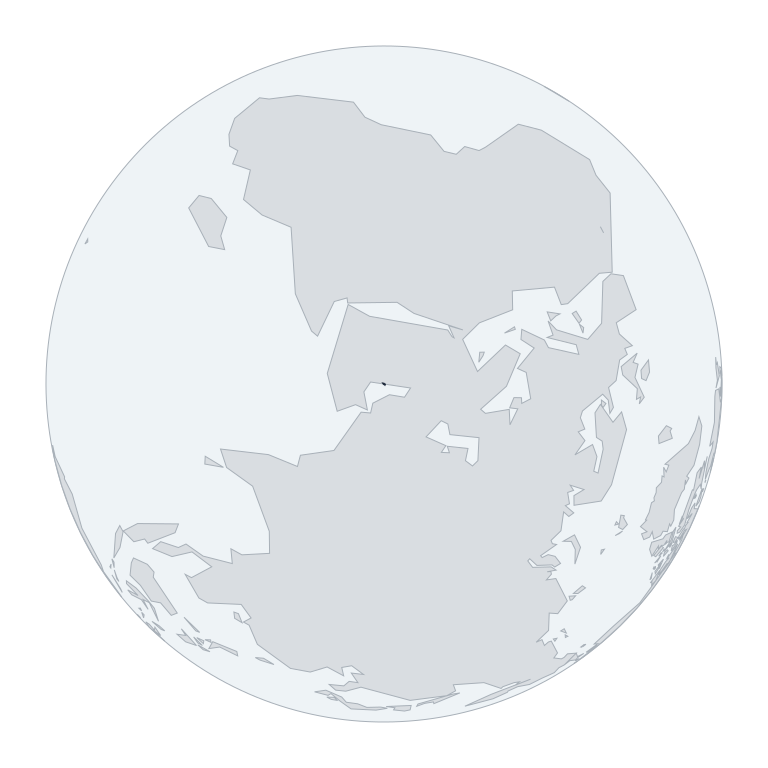 the Earth from above Bahrain, rotated 128°
{"feature_id": "BHR", "entity_name": "Bahrain", "entity_type": "country or territory", "adm_level": 0, "iso_a3": "BHR", "parent_name": "Asia", "parent_adm1": "", "projection": "orthographic", "projection_center": [50.55, 26.027], "detail": "fine", "context": "on_globe", "style": "filled", "palette": "slate", "viewbox_px": 768, "rotation_deg": 128, "n_neighbors": 0, "source": "natural_earth", "source_scale": "50m", "svg_char_len": 10669}
<svg xmlns="http://www.w3.org/2000/svg" viewBox="0 0 768 768"><g transform="rotate(128 384 384)"><circle cx="384" cy="384" r="338" fill="#eef3f6" stroke="#a8b0b8"/><path d="M476.6,59.0L476.2,58.9L481.5,60.6L477.7,59.7L461.7,55.6L458.8,55.3L468.7,58.0L471.0,59.6L457.0,55.6L459.5,58.3L433.3,54.1L398.9,47.7L381.4,48.3L338.3,50.3L339.4,50.9L323.7,53.4L319.0,55.3L312.3,56.1L314.4,57.1L321.4,56.1L324.6,56.5L322.5,57.9L313.6,58.7L313.4,58.1L309.7,59.2L306.1,59.2L306.7,59.9L296.2,61.4L303.4,62.1L292.3,65.2L286.2,65.7L291.2,62.8L289.2,59.8L285.3,60.8L308.7,54.6L332.5,50.0L356.6,47.2L380.8,46.1L405.0,46.7L429.1,49.1L453.0,53.2L476.6,59.0ZM252.9,72.6L242.4,77.2L239.1,78.7L252.9,72.6ZM224.5,86.1L235.1,80.7L235.4,81.4L248.1,75.9L250.1,75.7L261.4,72.1L255.0,76.1L242.6,82.2L232.8,85.8L227.1,89.0L232.6,89.0L210.8,100.0L190.0,115.7L184.9,118.8L181.7,117.2L191.3,107.6L187.3,109.2L224.5,86.1ZM187.1,109.4L185.0,112.2L172.2,121.3L168.1,124.9L166.0,127.2L169.0,125.5L163.6,130.0L163.7,127.8L168.6,123.7L168.5,124.2L172.9,120.2L187.1,109.4ZM47.3,412.4L48.5,423.8L51.0,441.3L47.3,412.4ZM483.0,61.0L485.8,61.8L487.4,62.4L483.0,61.0ZM264.2,70.3L262.8,71.2L261.4,71.3L264.2,70.3ZM270.4,68.1L269.8,67.7L272.6,66.7L272.9,66.9L270.4,68.1ZM482.9,62.0L484.4,63.1L480.1,61.1L482.9,62.0ZM270.5,69.0L277.8,64.9L282.8,63.2L288.3,63.0L270.5,69.0ZM483.6,63.3L487.6,67.2L494.4,69.0L477.7,66.8L479.7,63.7L473.3,60.7L479.9,62.8L483.6,63.3ZM324.5,55.3L317.0,56.4L325.2,54.4L324.5,55.3ZM329.0,54.1L349.6,49.3L359.7,49.1L350.7,50.4L365.3,49.8L360.1,51.9L350.9,52.7L345.4,52.3L347.6,53.6L329.0,54.1ZM467.8,65.4L466.4,66.1L464.8,64.6L467.8,65.4ZM326.5,56.5L329.8,55.3L338.8,54.9L333.8,57.3L332.5,56.6L326.5,56.5ZM371.8,48.8L377.5,49.4L374.9,51.1L376.8,51.7L360.8,52.0L371.8,48.8ZM329.4,57.4L331.1,58.7L324.9,60.3L323.9,57.8L329.4,57.4ZM343.2,53.9L347.2,53.9L343.3,54.6L343.2,53.9ZM304.1,67.7L307.8,65.6L312.8,65.0L304.1,67.7ZM332.1,59.1L334.2,58.6L336.6,58.3L336.4,59.6L332.1,59.1ZM360.1,53.4L357.8,54.3L366.5,53.4L364.8,55.1L354.5,55.2L358.2,55.9L357.8,56.5L349.9,56.0L360.1,53.4ZM343.4,60.2L329.7,61.8L321.7,65.4L317.0,65.8L330.8,60.0L343.4,60.2ZM347.9,57.7L344.1,59.3L340.2,58.6L340.5,57.3L347.9,57.7ZM367.4,56.5L372.6,53.7L374.7,53.9L367.4,56.5ZM341.9,61.3L345.2,61.0L341.7,61.6L341.9,61.3ZM360.4,57.9L362.0,56.8L364.3,57.0L360.4,57.9ZM350.6,61.5L346.2,61.8L346.2,60.7L350.6,61.5ZM355.7,59.9L358.5,60.5L348.8,60.1L356.0,59.3L355.7,59.9ZM362.4,58.3L364.3,58.0L361.4,58.8L362.4,58.3ZM353.1,65.9L340.9,65.7L340.9,63.1L352.8,63.5L353.1,65.9ZM87.1,416.3L80.6,360.1L89.0,345.4L94.3,323.4L155.4,273.0L164.2,282.5L207.6,288.7L212.3,293.2L202.7,309.3L231.7,340.2L246.3,328.3L277.1,346.5L300.4,349.5L316.6,318.0L278.5,312.3L276.3,295.3L310.4,286.1L344.4,292.3L344.7,286.0L326.9,269.7L338.6,259.6L321.2,263.3L325.4,270.3L314.7,273.2L310.2,267.2L314.5,263.5L305.3,259.3L287.3,279.1L289.6,288.4L263.2,287.8L264.6,303.5L256.1,309.1L250.6,284.7L254.1,276.8L240.7,248.7L234.7,256.7L246.9,284.1L241.4,280.9L233.3,293.5L235.1,281.4L223.4,250.9L202.2,249.9L168.4,274.7L157.4,273.0L151.2,262.1L170.2,231.1L192.7,238.7L199.7,229.3L200.9,211.9L207.7,216.2L210.9,210.5L220.0,213.1L238.4,203.2L248.5,204.9L261.2,188.8L268.1,187.9L258.6,197.4L257.4,205.4L283.1,211.0L289.7,208.5L295.9,198.0L302.1,201.5L304.9,190.8L322.3,189.9L303.3,182.4L310.1,171.5L323.6,165.0L322.4,160.5L300.4,171.2L294.7,176.9L295.3,183.7L276.8,200.0L266.8,200.9L273.2,180.0L259.7,179.6L270.6,164.8L323.3,142.7L342.5,140.8L362.6,159.6L355.0,165.6L344.0,161.4L349.1,175.0L351.1,169.1L356.4,172.5L364.2,164.1L368.2,166.2L368.7,155.1L374.6,156.8L374.2,163.7L390.7,154.2L404.4,156.1L406.2,153.0L404.2,149.2L422.9,154.9L423.4,152.5L417.4,149.6L414.5,143.1L416.7,134.4L423.1,136.8L423.1,140.2L432.8,151.8L432.0,161.6L434.9,161.8L437.0,154.0L425.2,139.7L424.7,133.8L431.5,139.8L429.0,137.1L430.8,135.0L438.4,135.4L431.5,128.8L442.1,106.0L458.0,105.7L462.8,112.8L476.9,102.6L493.8,105.1L488.2,102.1L491.3,96.6L486.1,95.6L483.6,93.9L489.1,81.7L495.3,81.5L491.4,75.0L488.5,73.7L483.7,73.3L477.7,66.8L494.4,69.0L499.9,71.5L506.6,72.1L518.4,78.3L531.2,84.4L540.2,92.3L549.5,97.2L551.0,97.0L564.9,104.3L588.1,121.9L562.6,108.5L526.4,86.8L540.6,95.2L535.3,93.9L539.2,97.6L549.4,104.0L551.8,104.3L557.8,121.4L578.3,144.2L581.7,138.7L590.9,142.6L617.2,168.6L637.1,215.5L649.6,225.0L655.0,233.6L654.5,242.2L646.6,229.8L639.8,228.4L635.4,220.7L631.9,231.8L625.5,221.3L625.9,236.0L633.4,242.8L638.8,236.1L642.0,254.6L656.4,264.8L665.7,282.6L667.1,323.5L657.1,341.8L658.1,348.2L650.2,344.7L645.6,360.8L665.1,388.2L666.6,398.1L656.4,423.5L655.1,416.5L634.1,407.2L634.5,431.9L650.5,444.8L656.2,465.0L645.7,462.9L639.5,445.4L632.0,441.5L631.0,420.6L618.9,393.0L608.1,403.2L606.1,390.8L587.9,369.9L570.7,383.7L545.4,424.6L546.7,456.6L535.9,472.8L510.8,431.6L502.3,401.4L491.6,406.0L467.2,382.5L420.3,384.7L415.1,376.7L406.0,381.0L389.1,373.1L381.8,359.7L370.8,360.6L390.7,395.8L402.6,395.0L414.7,381.1L417.8,393.7L434.3,404.1L410.6,435.2L343.4,461.2L339.5,437.0L302.2,367.0L304.8,359.6L304.8,358.7L304.5,357.2L298.3,368.9L292.8,355.1L309.9,403.8L311.6,424.0L342.5,462.5L338.9,466.1L349.6,474.0L387.2,465.8L386.9,473.7L367.5,509.4L317.7,553.7L325.9,584.1L325.1,608.3L297.6,621.1L303.7,638.8L290.1,642.9L291.6,652.1L282.7,659.9L266.6,665.2L235.1,658.3L230.2,650.0L210.0,630.0L180.7,581.6L185.5,563.3L181.4,545.8L159.0,500.5L163.7,479.9L158.5,468.5L147.2,466.6L141.5,452.8L134.9,449.8L96.6,438.1L87.1,416.3ZM129.7,304.0L126.9,310.2L126.9,310.3L129.7,304.0ZM377.7,316.3L399.8,318.3L394.5,297.3L402.6,296.7L397.9,290.1L394.1,295.8L383.1,278.1L394.3,272.6L394.1,263.8L386.6,262.8L367.8,276.1L383.3,300.9L376.2,309.1L377.7,316.3ZM172.2,121.4L172.1,121.7L169.0,124.7L168.5,124.7L172.2,121.4ZM167.1,132.2L158.6,139.2L164.3,133.8L161.9,134.5L171.1,124.8L182.8,119.9L175.9,123.5L167.1,132.2ZM186.5,111.6L179.4,117.5L186.7,111.3L186.5,111.6ZM220.0,179.6L221.1,184.4L214.9,190.0L202.2,190.4L211.1,182.1L220.0,179.6ZM224.3,190.3L234.2,170.8L242.5,170.6L236.2,173.8L240.7,175.6L231.7,181.5L229.9,201.4L224.3,207.8L203.8,203.5L213.6,201.0L211.9,196.0L224.3,190.3ZM244.9,129.6L249.3,123.4L261.6,130.6L256.1,135.7L243.0,135.8L241.9,129.9L244.9,129.6ZM278.8,70.3L279.7,69.1L282.2,68.6L283.4,69.3L278.8,70.3ZM305.4,66.7L277.5,75.8L277.1,74.7L261.2,82.6L254.0,82.8L264.5,77.5L247.1,84.2L253.7,79.5L242.0,84.7L266.2,72.8L271.4,69.6L268.3,72.9L274.8,72.5L279.2,71.5L295.5,66.4L310.0,60.3L318.8,59.8L321.1,61.1L319.0,62.5L314.0,62.2L314.7,64.3L305.8,65.0L305.4,66.7ZM343.5,88.8L338.5,85.8L338.5,94.1L329.6,93.2L330.2,94.3L322.0,96.0L312.9,100.1L309.6,99.0L307.5,101.2L302.0,102.7L298.1,105.5L290.6,104.8L285.2,108.3L284.8,106.1L277.4,112.4L279.5,107.5L272.6,109.6L274.2,113.2L243.6,107.4L229.2,110.2L215.9,115.7L221.4,107.7L237.3,98.1L257.2,89.7L270.3,88.7L270.4,85.8L276.7,84.7L274.0,87.4L282.0,82.6L286.4,82.6L304.2,77.8L312.8,71.9L319.5,70.5L318.4,72.8L325.9,69.8L328.2,73.5L333.1,72.7L340.2,76.0L335.2,81.7L341.0,80.4L346.7,83.5L343.5,88.8ZM354.8,66.9L350.8,72.9L343.9,75.6L334.3,68.9L329.6,69.1L323.2,65.8L333.2,62.2L334.1,63.3L337.4,63.7L332.9,64.7L338.9,64.2L340.3,66.0L345.3,66.2L342.7,68.0L354.8,66.9ZM220.4,288.5L224.5,290.4L231.6,291.5L226.7,299.8L220.4,288.5ZM211.9,267.7L216.1,267.7L212.6,279.1L208.3,277.5L211.9,267.7ZM221.4,258.5L216.6,266.8L216.6,261.4L221.4,258.5ZM262.7,197.1L267.5,196.9L266.9,199.5L262.8,202.8L262.7,197.1ZM341.5,116.6L339.8,113.6L341.9,112.8L344.9,105.7L351.7,106.3L352.6,110.8L341.5,116.6ZM308.5,322.7L300.0,328.1L297.2,324.6L300.7,323.4L308.5,322.7ZM260.1,314.2L269.7,320.4L258.6,316.4L260.1,314.2ZM349.4,116.1L349.9,112.9L353.0,115.2L349.4,116.1ZM356.9,106.4L361.1,108.5L352.9,105.5L356.9,106.4ZM454.4,704.9L457.8,705.9L452.1,706.8L454.4,704.9ZM383.6,606.8L365.5,646.3L349.3,645.8L344.2,634.3L349.5,610.4L367.8,603.8L376.2,592.3L383.6,606.8ZM693.9,488.2L697.2,486.0L696.8,487.5L693.9,488.2ZM690.6,487.1L694.9,483.5L689.3,490.8L690.6,487.1ZM696.5,482.1L700.9,475.3L702.8,471.3L702.1,474.5L696.5,482.1ZM687.4,489.8L667.1,503.5L658.2,505.1L661.0,498.7L675.4,491.4L687.4,489.8ZM660.3,499.0L645.7,492.3L620.8,459.8L629.8,457.1L654.9,472.1L653.5,477.2L662.3,484.0L660.3,499.0ZM692.6,452.1L691.0,466.4L680.5,473.0L675.3,474.3L671.8,459.5L673.8,449.4L678.3,446.9L691.8,405.9L697.3,409.2L694.0,425.3L698.3,433.7L692.6,452.1ZM548.5,459.2L557.4,475.9L551.0,480.4L548.5,459.2ZM694.4,380.3L690.9,398.0L693.2,376.3L694.4,380.3ZM694.1,361.3L695.7,367.7L692.4,363.1L694.1,361.3ZM660.6,357.4L656.1,361.9L654.6,357.3L659.5,348.9L660.6,357.4ZM672.8,298.0L677.9,311.7L678.8,317.0L674.3,310.1L672.8,298.0ZM408.4,122.7L396.6,131.4L392.7,139.4L397.6,146.0L385.6,141.0L391.7,128.6L408.4,122.7ZM437.3,107.5L432.9,102.6L438.1,102.9L439.8,104.1L437.3,107.5ZM432.4,105.8L420.9,103.5L420.6,99.7L429.7,102.2L432.4,105.8ZM384.9,108.3L381.0,110.6L378.5,108.6L384.9,108.3ZM646.7,596.5L639.5,604.9L636.2,607.5L643.7,598.4L653.8,578.5L655.5,577.5L662.7,561.9L683.6,533.3L700.6,495.5L704.5,489.6L712.2,463.3L713.4,459.4L706.7,484.2L698.2,508.3L687.9,531.8L675.8,554.4L662.1,576.0L646.7,596.5ZM701.9,480.9L707.5,465.5L709.4,461.9L701.9,480.9ZM720.1,419.3L718.1,425.3L717.8,421.0L719.3,413.4L716.7,414.8L719.7,405.1L720.0,415.0L721.3,401.1L721.6,398.5L720.1,419.3ZM717.9,433.0L718.2,431.8L717.4,436.7L717.9,433.0ZM712.0,435.3L711.6,439.1L710.6,438.0L712.0,435.3ZM713.6,430.9L716.3,429.4L713.1,434.4L713.6,430.9ZM700.8,434.3L702.2,441.2L706.8,431.1L703.3,442.4L705.4,452.9L704.0,459.2L702.1,447.6L699.8,464.0L697.7,465.8L697.4,453.8L700.1,435.7L702.1,426.9L709.8,415.6L700.8,434.3ZM713.9,420.7L713.0,412.4L713.5,404.8L714.6,408.5L713.9,420.7ZM708.6,393.0L704.2,385.4L701.7,393.0L705.5,370.7L709.3,381.6L708.6,393.0ZM702.7,371.4L700.5,378.3L701.8,366.1L702.7,371.4ZM699.1,375.4L697.3,367.9L699.8,366.5L699.1,375.4ZM704.2,370.2L702.1,356.3L704.7,362.9L704.2,370.2ZM692.4,351.5L700.3,359.1L692.5,360.3L685.4,335.3L688.3,331.9L692.4,351.5ZM665.9,236.3L661.5,230.2L662.2,226.2L665.0,231.4L665.9,236.3ZM660.3,209.9L660.9,223.2L660.6,235.2L663.8,236.4L669.3,249.2L661.1,241.3L656.7,224.6L658.0,217.8L652.2,207.8L649.4,198.4L640.7,187.8L637.5,181.7L645.9,189.5L660.3,209.9ZM636.8,183.7L620.6,164.7L624.7,162.8L629.1,166.5L634.9,175.8L632.4,176.1L636.8,183.7ZM617.8,159.8L615.2,160.2L585.9,138.8L580.7,134.0L605.2,147.9L604.1,149.3L610.6,155.3L617.8,159.8ZM470.1,67.0L466.7,66.1L469.7,66.2L470.1,67.0ZM480.7,93.6L477.9,91.2L481.5,91.0L480.7,93.6ZM472.1,85.0L470.1,86.8L469.6,83.8L472.1,85.0ZM465.9,91.3L468.0,87.0L469.8,92.7L465.9,91.3Z" fill="#d9dde1" stroke="#a8b0b8" stroke-width="1"/><path d="M384.3,384.8L384.1,385.3L384.0,385.1L383.6,384.4L383.7,383.8L383.5,383.0L383.6,382.8L384.1,382.7L384.0,383.0L384.3,383.4L384.4,384.1L384.3,384.8Z" fill="#64748b" stroke="#1e293b" stroke-width="1.5"/></g></svg>